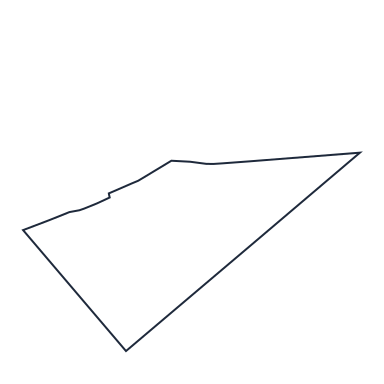 Toujounine, Nouakchott, Mauritania, rotated 50°
{"feature_id": "47542326B78041808774540", "entity_name": "Toujounine", "entity_type": "district", "adm_level": 2, "iso_a3": "MRT", "parent_name": "Mauritania", "parent_adm1": "Nouakchott", "projection": "albers", "projection_center": [-15.928, 18.086], "detail": "fine", "context": "isolated", "style": "outline", "palette": "slate", "viewbox_px": 384, "rotation_deg": 50, "n_neighbors": 0, "source": "geoboundaries", "source_scale": "gbopen_adm2", "svg_char_len": 416}
<svg xmlns="http://www.w3.org/2000/svg" viewBox="0 0 384 384"><g transform="rotate(50 192 192)"><path d="M112.6,345.9L271.4,344.8L270.6,174.8L269.8,38.1L205.3,128.5L189.6,150.3L184.4,157.4L179.7,162.9L167.6,174.0L154.8,187.7L148.8,226.0L146.7,232.7L139.6,256.6L140.6,257.2L143.3,258.6L139.6,272.3L135.4,285.3L133.6,290.0L128.6,298.8L121.8,319.5L112.6,345.9Z" fill="none" stroke="#1e293b" stroke-width="2"/></g></svg>